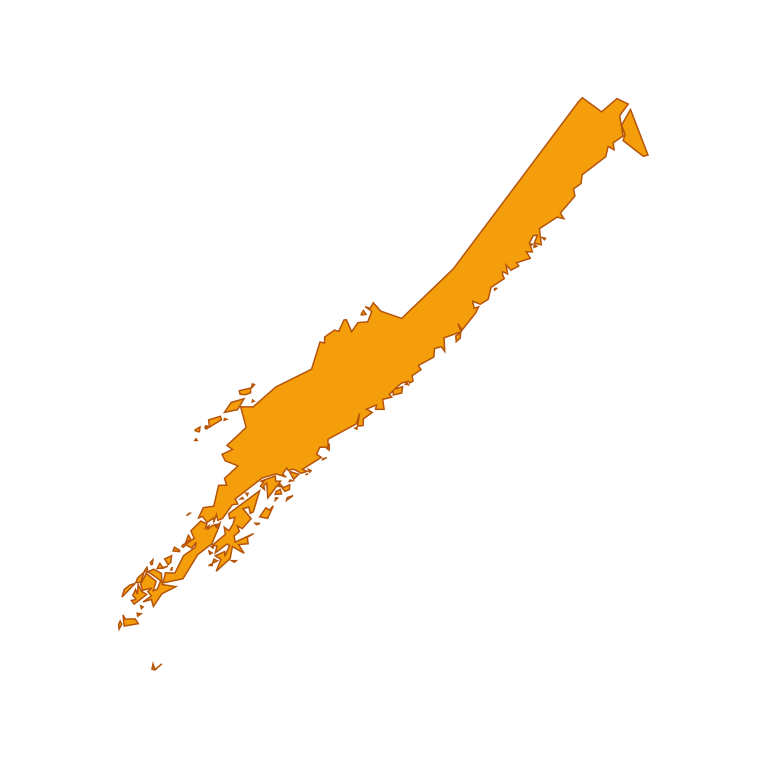 Hograno-Kia-Havulei, Isabel, Solomon Islands (Robinson projection), rotated 277°
{"feature_id": "97153195B62958617202697", "entity_name": "Hograno-Kia-Havulei", "entity_type": "district", "adm_level": 2, "iso_a3": "SLB", "parent_name": "Solomon Islands", "parent_adm1": "Isabel", "projection": "robinson", "projection_center": [158.602, -7.881], "detail": "fine", "context": "isolated", "style": "filled", "palette": "amber", "viewbox_px": 768, "rotation_deg": 277, "n_neighbors": 0, "source": "geoboundaries", "source_scale": "gbopen_adm2", "svg_char_len": 6226}
<svg xmlns="http://www.w3.org/2000/svg" viewBox="0 0 768 768"><g transform="rotate(277 384 384)"><path d="M695.7,580.5L680.6,566.8L692.3,546.0L688.3,542.9L506.8,438.8L451.2,393.5L455.9,372.0L463.3,363.5L457.3,360.9L458.5,355.8L454.6,363.0L443.7,360.3L441.8,350.7L432.0,345.5L443.2,338.8L442.6,336.4L430.7,332.7L431.5,328.3L423.4,319.4L417.4,320.0L417.9,315.4L389.9,310.3L367.8,276.9L345.3,256.9L343.9,244.5L324.1,252.5L303.9,235.6L300.6,241.6L294.4,231.8L288.5,235.7L284.9,249.1L270.9,237.2L264.3,240.1L263.3,232.2L242.0,229.9L239.2,219.7L228.4,216.2L230.4,220.0L225.0,225.3L230.0,230.9L226.6,231.9L233.9,233.6L228.4,235.7L230.9,240.1L245.7,248.2L247.1,253.5L251.8,250.3L275.9,274.6L281.7,287.7L279.7,298.3L282.2,294.3L288.8,297.5L286.8,299.2L288.4,304.9L285.3,312.6L287.9,318.3L289.4,313.4L303.5,330.7L306.1,325.6L313.4,328.0L314.5,336.3L322.3,335.1L341.2,361.5L351.7,363.3L339.0,362.8L340.2,368.3L346.9,367.8L354.3,375.8L356.9,369.7L362.3,379.1L357.8,378.7L358.9,387.2L368.6,384.6L371.9,393.3L374.3,390.5L378.7,394.0L374.2,394.5L377.2,402.7L383.6,402.8L380.0,395.0L386.8,400.9L389.8,407.8L388.2,409.5L390.5,412.5L395.6,410.8L402.8,419.0L406.5,415.8L416.9,430.2L425.3,429.8L428.0,436.3L423.8,440.3L437.1,438.0L445.4,454.3L452.9,450.0L447.2,455.0L465.6,466.3L472.1,468.5L470.2,464.3L477.0,461.9L474.9,469.8L480.8,477.1L493.0,478.5L503.3,490.5L507.8,488.0L510.0,488.3L508.3,493.3L516.9,490.7L512.4,496.2L517.6,503.4L520.5,500.7L526.6,513.9L532.6,509.1L533.2,515.2L541.8,511.2L549.5,514.1L550.3,518.0L542.0,516.1L541.3,523.2L557.1,519.3L570.7,535.5L570.0,542.4L575.2,538.2L593.8,550.6L600.7,548.3L607.0,555.1L615.8,555.2L636.7,576.4L647.1,577.5L644.5,583.8L651.3,582.0L659.3,591.1L679.2,585.2L691.6,592.3L695.7,580.5ZM262.8,273.5L236.5,245.8L231.6,247.1L233.4,252.3L226.4,251.2L219.5,248.0L222.4,242.9L215.5,244.9L203.4,233.6L202.7,238.0L195.8,237.1L206.0,247.7L204.9,250.4L193.5,247.0L198.3,246.3L192.9,237.5L190.0,243.6L177.7,240.3L192.0,252.6L204.2,253.3L198.9,265.8L206.9,259.1L208.9,268.6L215.1,267.0L219.7,272.8L208.9,255.5L215.0,253.8L220.0,258.5L225.2,255.7L223.2,260.9L234.1,268.5L243.1,259.2L245.4,264.9L239.3,267.0L241.3,269.9L262.8,273.5ZM225.7,218.9L214.7,210.2L207.8,214.4L200.3,206.4L197.8,213.1L204.0,216.9L198.9,216.5L189.1,206.0L170.8,199.5L170.0,190.1L159.7,189.1L166.2,208.2L191.9,219.9L204.5,232.6L221.1,237.3L220.9,236.9L221.3,235.1L222.9,233.7L222.7,230.8L218.0,226.4L222.0,227.5L219.0,224.3L223.5,225.2L225.7,218.9ZM686.5,595.2L669.9,588.3L661.1,592.7L654.7,591.7L641.6,613.6L643.4,618.1L686.5,595.2ZM172.1,177.7L168.9,172.9L161.5,186.3L152.7,184.0L150.7,180.1L160.3,181.9L167.2,171.1L155.6,166.9L149.8,169.5L153.2,178.3L149.2,174.9L145.2,179.0L138.4,171.4L141.8,179.4L135.1,182.2L148.7,189.1L157.5,202.1L157.9,188.3L169.0,186.1L172.1,177.7ZM279.5,287.3L272.2,273.1L273.0,276.8L267.6,273.9L264.8,278.1L268.5,277.1L271.3,279.6L256.8,282.6L275.0,293.2L274.4,288.3L279.5,287.3ZM155.0,164.4L145.3,164.8L149.8,162.4L143.4,160.4L141.1,163.4L139.8,163.9L138.4,159.6L135.1,162.8L146.1,174.1L149.0,168.2L155.0,164.4ZM352.3,246.8L347.1,234.6L336.4,229.1L340.7,241.8L352.3,246.8ZM249.6,289.0L244.8,285.5L246.8,281.9L237.0,276.8L236.4,284.9L249.6,289.0ZM123.0,153.1L112.1,155.6L116.2,169.4L120.5,165.6L119.1,155.9L123.0,153.1ZM332.0,225.5L327.0,214.3L320.0,216.0L328.7,227.1L332.0,225.5ZM284.0,310.4L285.7,300.8L278.5,305.9L284.0,310.4ZM155.9,161.5L153.4,156.1L148.5,151.3L140.7,149.9L155.9,161.5ZM363.7,252.0L359.7,241.2L356.2,242.4L356.6,248.0L359.1,252.7L363.7,252.0ZM168.1,168.9L161.5,163.1L156.8,161.9L157.4,166.6L168.1,168.9ZM178.7,183.4L173.1,181.3L174.4,187.7L176.9,191.7L174.8,186.8L178.7,183.4ZM187.7,194.1L183.6,187.6L178.4,191.7L180.8,194.0L187.7,194.1ZM272.5,302.7L268.3,295.8L265.3,298.6L267.8,303.0L272.5,302.7ZM266.7,293.9L264.3,290.0L261.2,289.4L262.4,295.7L266.7,293.9ZM444.4,453.8L440.4,449.4L434.8,450.5L439.0,454.1L444.4,453.8ZM196.4,195.9L192.6,195.0L192.7,201.4L194.0,201.5L196.4,195.9ZM269.6,295.9L272.1,293.1L269.5,291.9L269.6,295.9ZM168.5,172.6L173.2,171.0L169.2,169.0L168.5,172.6ZM116.6,151.0L112.9,149.9L108.4,151.0L113.8,153.0L116.6,151.0ZM210.0,208.3L202.7,206.5L202.5,207.4L206.9,210.9L210.0,208.3ZM230.5,278.0L230.1,273.0L228.8,274.5L230.5,278.0ZM454.4,354.6L450.6,352.9L449.8,353.1L450.9,357.7L454.4,354.6ZM318.9,206.6L315.4,202.1L314.8,202.1L314.0,204.8L314.0,206.1L314.2,206.6L318.9,206.6ZM318.1,337.1L314.1,336.5L313.1,335.2L311.7,337.6L318.1,337.1ZM79.2,197.6L72.6,191.4L78.0,188.9L72.7,188.4L72.3,191.5L79.2,197.6ZM126.4,170.9L126.3,166.9L123.5,167.9L126.4,170.9ZM190.6,258.7L190.1,254.3L188.9,257.1L190.6,258.7ZM188.2,240.3L189.4,236.5L185.4,235.8L188.2,240.3ZM184.7,235.4L182.5,231.9L182.9,235.6L184.7,235.4ZM201.8,206.6L199.3,203.5L197.9,203.3L197.7,205.2L201.8,206.6ZM386.2,408.4L388.4,406.4L386.4,405.3L386.2,408.4ZM195.3,234.0L196.9,230.6L193.8,231.8L195.3,234.0ZM289.1,322.2L290.1,319.3L287.4,321.0L289.1,322.2ZM367.7,255.5L368.0,253.3L363.6,252.9L367.7,255.5ZM303.9,336.3L302.1,332.1L301.4,332.1L303.9,336.3ZM133.3,172.1L134.2,169.6L131.5,170.6L133.3,172.1ZM548.3,526.5L548.7,523.2L546.8,525.7L548.3,526.5ZM257.8,292.3L257.8,290.2L255.2,290.2L257.8,292.3ZM539.3,518.9L540.5,516.1L537.9,516.2L539.3,518.9ZM229.2,204.0L232.1,207.3L232.1,206.6L229.2,204.0ZM492.9,484.7L492.2,482.1L490.8,482.3L492.9,484.7ZM351.0,257.2L352.1,255.6L350.2,255.3L351.0,257.2ZM262.2,307.4L259.4,301.8L256.6,301.4L262.2,307.4ZM181.4,176.0L178.3,173.8L176.3,174.9L176.8,176.0L181.4,176.0ZM254.1,257.3L252.4,255.5L252.9,258.4L254.1,257.3ZM224.7,236.4L223.7,233.5L223.0,234.5L224.7,236.4ZM337.5,362.6L336.6,360.6L335.8,362.5L337.5,362.6ZM320.8,212.1L318.1,211.5L319.9,213.0L319.6,214.8L319.1,213.4L317.8,213.1L318.0,212.2L317.7,213.2L319.4,215.0L320.3,214.5L320.7,213.7L320.8,212.1ZM276.8,304.9L277.3,302.5L275.8,301.9L276.8,304.9ZM226.2,238.2L222.7,235.4L221.2,236.3L222.2,237.6L226.2,238.2ZM329.8,232.2L330.3,229.9L328.5,229.9L329.8,232.2ZM285.8,319.7L285.2,318.4L284.2,317.2L285.8,319.7ZM202.3,234.7L201.4,232.4L200.2,234.3L202.3,234.7ZM259.0,262.4L258.7,260.1L256.8,261.9L259.0,262.4ZM305.2,205.5L306.7,204.1L304.9,203.2L305.2,205.5ZM540.8,514.1L540.9,512.0L539.9,513.5L540.8,514.1ZM176.5,196.2L173.5,195.0L173.5,196.1L176.5,196.2Z" fill="#f59e0b" stroke="#b45309" stroke-width="1.5"/></g></svg>